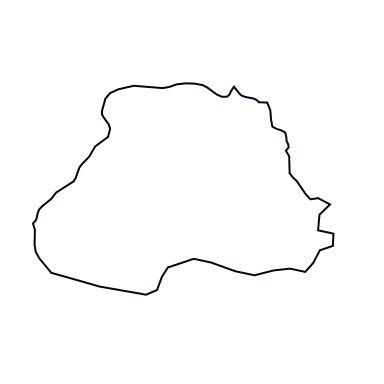 SVG path tracing the border of Kiryandongo, rotated 282°
{"feature_id": "UGA-5609", "entity_name": "Kiryandongo", "entity_type": "District", "adm_level": 1, "iso_a3": "UGA", "parent_name": "Uganda", "parent_adm1": "", "projection": "robinson", "projection_center": [32.118, 2.003], "detail": "fine", "context": "isolated", "style": "outline", "palette": "ink", "viewbox_px": 384, "rotation_deg": 282, "n_neighbors": 0, "source": "natural_earth", "source_scale": "10m", "svg_char_len": 1200}
<svg xmlns="http://www.w3.org/2000/svg" viewBox="0 0 384 384"><g transform="rotate(282 192 192)"><path d="M297.0,163.3L298.6,172.5L298.8,180.2L297.4,185.2L292.5,196.0L291.4,201.4L292.4,206.3L295.1,208.4L299.0,209.3L303.7,211.1L298.7,217.2L296.8,220.0L296.1,223.6L296.2,232.6L295.5,236.1L293.7,238.8L295.1,247.0L288.2,251.6L278.9,254.4L272.7,257.0L271.4,261.1L270.9,266.3L269.5,270.9L265.3,272.8L261.6,273.9L258.8,276.1L255.9,277.3L251.8,275.3L247.3,279.6L230.6,283.6L226.9,288.1L224.7,291.9L213.5,303.7L209.5,309.3L212.2,316.8L208.5,329.6L196.3,321.4L180.7,323.3L180.7,339.0L168.6,341.0L161.6,329.2L147.8,325.3L137.4,319.4L137.4,303.7L132.2,288.0L123.5,270.4L123.5,250.8L127.0,225.3L127.0,207.6L120.1,195.9L113.2,184.1L102.8,180.2L88.9,178.2L82.0,168.4L80.3,121.4L83.7,71.2L95.3,56.5L100.9,51.6L107.6,49.0L122.3,46.2L128.2,43.0L131.9,45.2L135.3,45.5L138.9,45.4L143.0,46.1L146.9,48.4L155.6,55.5L163.3,59.3L177.7,73.9L181.4,75.3L192.4,76.7L196.2,78.5L205.0,84.0L216.4,87.8L228.4,98.4L236.8,98.8L240.8,96.5L246.6,90.1L249.1,87.9L252.6,87.1L265.3,87.9L265.7,88.1L271.7,91.3L277.3,98.9L283.8,113.0L287.5,141.6L290.1,148.1L294.1,154.6L297.0,163.3Z" fill="none" stroke="#020617" stroke-width="2"/></g></svg>